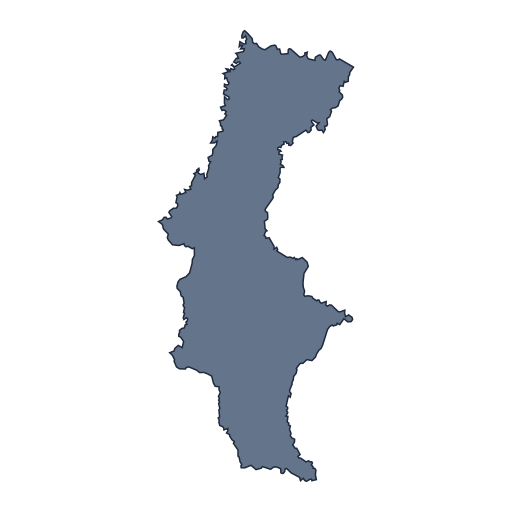 Pinheiro Machado, Rio Grande do Sul, Brazil (Natural Earth projection)
{"feature_id": "56859067B26662322490068", "entity_name": "Pinheiro Machado", "entity_type": "district", "adm_level": 2, "iso_a3": "BRA", "parent_name": "Brazil", "parent_adm1": "Rio Grande do Sul", "projection": "natural_earth1", "projection_center": [-53.403, -31.408], "detail": "fine", "context": "isolated", "style": "filled", "palette": "slate", "viewbox_px": 512, "rotation_deg": 0, "n_neighbors": 0, "source": "geoboundaries", "source_scale": "gbopen_adm2", "svg_char_len": 6022}
<svg xmlns="http://www.w3.org/2000/svg" viewBox="0 0 512 512"><path d="M158.5,221.5L162.4,224.5L163.4,228.9L168.3,234.1L167.3,237.7L168.3,240.0L172.5,244.8L179.0,245.5L184.0,243.7L184.5,245.6L186.0,246.8L188.0,246.3L192.3,248.7L194.3,247.9L194.4,255.7L192.4,259.4L192.1,263.5L189.6,272.8L186.0,276.7L180.0,279.3L178.1,281.7L176.9,286.2L177.2,288.5L180.3,291.6L181.1,295.8L183.2,297.3L184.1,303.3L183.1,304.8L183.6,306.6L184.6,307.3L183.5,312.5L184.6,313.2L183.2,317.8L183.9,319.5L186.3,317.8L187.7,318.8L187.2,320.9L185.9,322.2L186.9,324.3L185.3,324.7L184.2,328.0L181.9,328.4L179.5,330.3L179.6,332.3L178.7,334.5L178.8,336.4L180.6,337.1L183.6,341.4L182.2,347.6L178.2,345.4L174.9,348.4L174.0,351.0L169.7,352.7L172.4,355.3L174.6,359.7L174.1,361.3L176.5,366.9L179.4,368.8L185.4,369.0L186.3,367.5L188.8,366.9L196.5,370.1L199.7,372.6L203.8,372.4L207.4,373.8L211.7,376.1L213.4,383.0L215.2,386.3L219.1,386.8L219.0,389.7L220.3,392.4L218.4,396.6L219.4,398.4L218.6,400.2L219.6,402.0L218.6,403.4L219.8,408.5L218.9,409.8L219.6,417.1L218.2,417.9L219.2,420.2L218.9,422.3L219.8,425.5L222.7,426.7L223.7,428.0L223.9,429.9L227.8,428.5L227.7,431.1L226.5,433.0L229.6,434.6L229.7,436.1L232.0,439.8L234.4,441.6L233.4,443.3L238.0,450.0L238.0,456.2L239.1,457.1L240.1,461.9L241.7,464.2L240.9,466.0L241.2,467.8L244.9,467.8L251.0,465.3L256.0,469.6L261.2,468.2L262.5,466.6L270.6,469.3L273.7,467.0L277.1,467.1L280.7,468.8L280.9,472.8L282.0,473.4L283.3,473.4L284.6,471.7L285.1,469.0L286.6,468.5L291.2,472.9L299.6,477.4L300.5,480.7L303.3,478.3L304.7,480.5L306.5,481.3L310.2,479.2L311.5,479.3L311.9,480.7L316.4,479.6L315.4,474.9L315.9,469.9L314.6,468.3L313.0,468.2L312.9,466.4L311.3,465.1L312.4,463.2L311.8,461.8L310.1,461.9L308.6,460.8L306.1,461.9L300.8,458.2L298.5,457.7L297.9,456.4L300.1,454.6L296.7,448.3L295.0,448.2L292.8,444.9L294.5,442.0L294.6,439.2L291.8,437.9L290.3,435.8L291.0,433.4L289.5,429.3L290.4,425.9L288.5,424.9L288.8,423.1L287.2,421.9L287.9,416.4L285.9,416.1L287.8,412.5L286.5,410.7L287.7,408.7L287.6,407.2L286.1,406.2L287.8,398.4L288.5,395.9L290.2,397.2L291.1,393.5L289.8,391.9L289.6,390.2L292.1,384.2L292.0,382.3L293.2,380.1L293.6,376.6L296.1,373.3L297.0,369.5L296.3,368.3L300.2,363.4L302.9,363.3L306.9,359.6L311.9,360.6L315.4,357.2L316.7,353.8L318.8,350.4L321.0,348.5L322.6,345.2L327.5,329.6L329.6,326.6L332.1,325.0L333.3,326.0L336.8,324.8L337.1,323.3L339.8,324.6L343.9,318.7L347.8,321.9L351.1,321.6L352.6,319.6L352.1,317.4L348.7,314.9L345.5,316.7L344.6,313.0L344.8,310.1L340.1,311.9L338.3,311.7L331.4,305.1L329.6,304.9L327.3,306.2L325.9,305.2L326.2,301.5L321.2,303.2L319.9,302.1L319.2,300.2L317.9,299.9L316.8,300.8L312.9,298.3L311.9,296.5L308.4,295.8L304.7,296.2L303.8,294.8L304.6,291.3L303.2,286.9L303.0,282.9L304.0,273.4L308.3,266.4L307.1,262.1L302.3,257.5L297.9,259.5L296.8,258.7L296.0,259.7L294.2,257.4L293.0,258.4L290.4,257.1L287.2,257.4L276.8,251.0L277.7,249.7L276.7,247.3L273.9,249.1L274.0,246.2L269.1,237.7L265.9,238.3L265.6,236.6L264.1,235.6L265.6,231.3L267.0,230.8L265.1,228.8L264.4,221.3L267.5,219.2L267.8,217.2L267.5,212.5L265.6,211.5L265.1,209.4L272.9,198.2L273.3,196.6L272.6,195.1L275.1,190.5L277.9,187.7L278.4,184.4L279.9,182.3L279.9,178.9L278.3,177.6L280.1,172.7L280.1,168.1L281.3,167.3L283.9,167.4L282.8,165.5L280.3,164.3L281.1,162.3L280.6,159.8L282.3,159.5L282.0,157.1L282.6,155.1L278.9,154.1L279.1,151.8L281.0,151.2L279.9,150.0L277.6,149.6L277.8,147.8L279.0,147.0L280.9,147.5L281.6,145.3L284.1,144.1L283.7,141.9L286.0,141.7L286.8,143.4L288.7,143.1L288.8,145.2L290.7,145.5L293.1,143.0L292.3,141.4L293.4,137.2L296.2,136.6L306.0,130.1L307.8,132.6L309.2,132.3L311.2,130.0L310.8,127.4L314.0,124.9L311.7,122.1L311.5,120.6L312.5,120.0L317.3,123.0L319.0,122.8L316.1,126.2L317.6,129.7L319.0,130.4L322.0,130.2L323.4,132.6L325.2,129.6L324.6,126.3L326.7,126.0L327.5,124.3L326.8,118.8L329.7,116.6L331.5,111.2L330.4,109.8L332.3,108.1L335.4,107.7L338.1,105.9L339.7,100.6L341.5,99.3L342.7,97.3L342.4,95.0L339.2,91.8L339.7,90.4L338.9,88.0L340.2,85.7L343.1,86.3L344.2,81.4L345.1,82.3L348.2,81.4L348.4,76.7L349.7,74.5L349.7,72.6L353.5,67.1L339.4,58.9L338.3,59.8L336.3,59.7L332.3,52.3L330.2,51.0L328.7,52.3L325.4,60.2L323.5,59.4L320.5,55.1L319.0,55.0L315.3,57.3L314.9,60.4L308.3,58.8L306.6,56.0L307.3,52.2L304.8,53.0L305.0,54.7L303.0,56.4L299.8,57.2L290.8,49.1L289.3,48.7L288.3,49.6L288.0,53.6L281.9,54.2L280.8,53.7L279.6,49.0L277.4,49.3L275.8,45.7L274.7,45.1L270.9,45.9L265.0,49.7L262.2,49.0L258.6,46.7L256.6,43.4L254.2,43.6L252.7,42.4L252.2,38.6L247.9,33.7L244.7,30.7L243.3,31.6L241.8,35.6L241.9,37.9L243.3,38.0L245.5,35.8L246.7,39.4L245.5,40.9L246.0,43.5L244.0,44.1L239.9,41.7L239.2,46.7L240.8,45.4L242.4,45.6L240.6,49.0L244.3,48.7L243.6,51.5L235.8,53.3L237.1,54.7L238.4,58.3L236.3,58.3L233.7,62.0L236.2,63.4L238.0,62.0L239.6,62.0L240.5,63.1L235.6,66.2L233.7,66.6L234.7,69.0L233.5,69.7L230.8,68.6L230.0,71.3L228.5,69.2L226.1,68.8L228.3,71.8L223.0,73.5L225.0,74.9L224.7,78.8L226.7,77.8L227.8,81.8L229.1,82.5L228.4,84.5L226.4,85.0L224.5,84.1L224.3,86.6L226.2,87.5L227.2,89.0L226.4,90.1L224.2,90.0L223.5,93.9L228.9,97.0L229.1,99.0L227.5,99.6L224.5,96.7L224.4,103.1L225.4,105.6L220.5,107.2L222.0,110.5L224.2,110.0L226.3,111.7L224.8,113.9L226.6,115.2L223.5,119.9L219.4,120.7L220.6,123.8L220.5,125.7L221.9,126.4L222.1,128.9L223.3,129.7L222.9,131.2L217.8,132.4L217.6,136.6L215.9,136.5L214.9,138.1L212.8,136.8L212.3,140.3L210.6,143.0L214.3,142.9L217.1,141.0L216.2,145.5L212.8,149.5L212.8,153.1L212.0,155.4L208.1,157.4L209.0,161.3L210.6,161.7L208.5,165.8L208.9,167.9L206.8,174.6L207.2,176.8L204.6,178.8L203.9,173.3L200.9,174.5L198.7,173.4L197.9,172.1L199.3,170.1L198.8,168.3L196.6,170.2L196.6,172.1L193.8,173.7L195.4,175.2L191.6,182.5L191.5,185.8L189.7,186.5L190.8,189.2L187.3,190.2L184.6,189.4L185.8,192.5L180.8,194.4L179.9,192.6L179.3,194.1L176.4,195.4L177.1,196.8L175.9,202.7L177.6,203.7L177.7,206.0L176.3,208.2L173.4,208.2L169.6,210.9L168.9,212.4L171.7,216.7L170.8,218.0L167.3,219.0L166.1,217.3L164.2,217.3L162.2,220.0L158.5,221.5ZM233.7,66.6L232.2,64.3L231.3,65.2L233.7,66.6Z" fill="#64748b" stroke="#1e293b" stroke-width="1.5"/></svg>